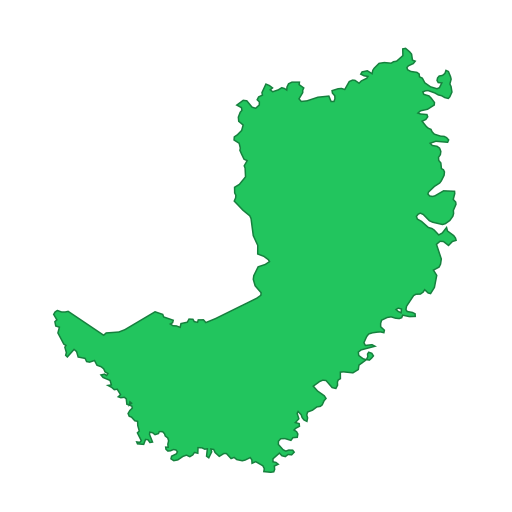 the district of Mafra, Santa Catarina, Brazil, rotated 93°
{"feature_id": "56859067B87636064595694", "entity_name": "Mafra", "entity_type": "district", "adm_level": 2, "iso_a3": "BRA", "parent_name": "Brazil", "parent_adm1": "Santa Catarina", "projection": "robinson", "projection_center": [-49.893, -26.248], "detail": "fine", "context": "isolated", "style": "filled", "palette": "green", "viewbox_px": 512, "rotation_deg": 93, "n_neighbors": 0, "source": "geoboundaries", "source_scale": "gbopen_adm2", "svg_char_len": 5946}
<svg xmlns="http://www.w3.org/2000/svg" viewBox="0 0 512 512"><g transform="rotate(93 256 256)"><path d="M53.1,107.2L52.2,110.0L46.3,111.2L44.1,113.2L40.8,117.5L41.5,120.3L48.2,119.8L54.1,125.8L54.8,128.9L56.4,131.1L56.1,138.0L57.2,143.2L62.3,147.8L64.5,149.1L67.9,149.6L65.2,154.5L66.6,159.7L68.9,160.9L70.4,157.5L70.8,153.6L72.7,154.7L75.7,160.0L78.1,162.1L75.4,166.4L75.3,168.8L76.9,172.0L85.1,176.1L84.2,179.4L84.7,182.8L86.9,188.7L89.3,188.2L91.9,185.7L94.8,185.4L97.6,186.2L97.8,189.1L92.5,191.6L94.2,202.5L98.4,213.2L99.3,218.9L96.8,221.3L90.4,217.9L87.9,218.0L85.7,217.1L82.6,221.9L80.1,221.7L80.5,229.2L82.3,232.5L85.6,233.9L88.7,234.0L87.3,236.2L86.6,239.1L88.9,242.4L91.1,247.9L89.3,250.5L87.3,248.3L85.1,251.5L83.8,255.1L92.5,258.6L95.0,258.0L97.0,261.7L99.9,263.0L101.9,260.7L105.0,260.6L108.5,264.1L107.6,267.7L101.5,273.3L101.2,276.9L106.3,283.1L108.6,278.3L111.3,277.7L113.3,279.3L118.3,280.9L122.4,280.3L125.9,275.7L131.4,276.9L135.9,280.9L138.2,283.9L141.3,284.0L144.3,278.7L149.1,277.3L151.3,277.6L154.7,275.9L160.0,273.0L161.2,269.8L166.6,272.5L168.7,271.5L177.5,270.6L185.3,276.3L188.5,281.0L194.1,280.6L196.4,279.3L199.1,279.4L202.3,280.6L211.0,271.4L216.2,264.3L218.9,262.9L235.8,259.8L245.3,254.8L253.9,254.4L255.9,248.2L258.9,243.6L260.9,242.2L264.0,246.4L266.7,253.3L275.8,257.2L279.4,257.5L285.8,255.3L292.4,249.0L295.0,249.1L298.1,253.0L320.6,293.1L325.1,302.6L322.5,305.1L322.8,310.3L325.3,310.9L324.8,314.2L322.5,315.7L322.5,319.6L325.7,321.1L327.4,327.4L331.2,328.0L330.0,331.9L330.0,335.2L328.4,338.0L327.0,335.8L324.5,335.3L321.7,345.0L319.2,346.1L317.0,353.9L336.5,383.2L339.1,389.0L340.7,401.6L343.1,404.0L321.1,440.7L321.9,443.5L322.1,447.2L320.8,451.5L322.4,453.7L324.9,455.0L330.2,451.5L332.1,453.4L336.4,452.3L337.4,448.6L343.2,449.8L354.1,443.3L355.2,441.1L357.1,442.1L362.4,440.3L365.1,440.9L366.7,439.1L358.8,432.8L360.8,430.2L366.2,428.3L367.2,421.3L370.3,419.6L370.7,416.6L368.8,411.8L373.4,409.1L374.7,404.8L376.6,402.2L379.6,400.7L381.1,397.7L383.2,398.9L381.9,401.0L382.9,404.6L385.3,402.4L387.9,395.2L392.3,393.7L393.0,397.0L394.8,393.2L396.9,390.5L396.3,387.6L401.6,384.0L403.8,386.2L404.6,383.6L404.0,380.1L405.4,378.1L410.8,377.2L412.4,372.1L414.4,371.6L416.9,373.9L420.0,375.5L422.7,374.2L423.4,371.9L426.9,368.4L427.3,365.6L431.5,365.2L436.9,363.4L438.8,365.2L446.4,360.9L448.2,362.3L447.9,365.4L449.8,364.5L450.0,358.3L445.0,356.7L445.1,354.3L447.8,352.2L447.2,349.6L439.8,353.0L437.5,352.9L437.9,350.0L439.7,347.5L438.4,344.1L436.4,343.4L436.3,340.1L438.2,338.1L440.5,337.2L442.3,334.6L445.1,333.6L448.5,334.2L451.6,333.7L451.6,336.2L453.7,335.8L455.4,333.8L455.0,331.2L453.6,328.4L453.8,325.9L455.6,324.2L457.7,325.1L460.3,329.8L463.0,330.3L464.7,327.4L463.7,323.4L459.9,318.4L458.5,315.0L459.9,311.6L457.9,308.7L455.4,307.2L456.0,303.8L450.4,303.9L450.4,299.9L451.6,297.1L451.1,294.5L458.5,294.9L460.0,292.6L453.9,290.0L451.1,290.9L451.4,288.1L454.4,286.6L458.0,282.2L454.9,277.7L454.8,275.2L459.6,270.3L458.3,267.3L460.3,264.6L461.2,259.0L460.4,256.3L457.6,251.2L459.8,249.5L463.2,249.1L461.4,245.5L465.1,238.2L467.9,236.6L470.9,236.9L471.2,230.0L470.6,227.0L468.1,226.2L464.8,226.7L462.8,222.9L461.1,225.3L460.6,228.3L457.6,228.4L451.6,222.3L454.1,219.7L454.8,216.2L452.5,213.6L452.7,210.0L449.9,207.6L448.0,209.2L448.1,213.2L449.3,216.0L448.0,218.9L443.0,223.8L439.8,223.9L437.2,221.8L436.8,217.5L438.3,211.5L435.5,209.6L434.9,205.3L431.6,204.9L429.3,206.3L427.8,208.9L425.9,207.2L423.8,203.7L421.1,204.1L420.3,208.0L416.3,204.7L411.0,206.7L409.1,205.8L412.1,202.6L414.9,201.5L417.2,199.5L418.5,196.5L415.0,196.0L412.1,197.0L409.1,196.3L407.0,191.5L403.5,187.3L402.8,183.9L401.2,182.1L396.9,180.4L394.6,178.6L392.0,180.5L387.6,187.5L383.0,192.0L378.0,185.9L376.5,182.8L376.7,179.5L383.4,173.1L384.1,169.3L380.8,167.8L377.5,168.1L375.5,167.4L374.1,165.3L367.6,165.7L367.1,162.7L367.6,153.1L364.0,147.9L359.6,147.5L353.7,140.3L353.1,143.5L350.0,148.2L346.6,148.8L344.3,146.2L339.9,132.5L338.5,135.5L339.6,142.1L336.9,143.7L330.7,141.3L328.0,139.4L326.6,135.7L325.6,130.4L325.3,127.5L325.9,124.3L323.4,123.9L320.1,127.8L316.7,128.0L313.5,127.2L310.5,121.7L309.7,117.9L310.8,113.5L311.0,109.7L310.0,107.3L307.4,106.4L308.5,99.6L308.0,93.8L305.4,94.1L304.2,96.8L303.5,102.1L301.6,103.5L298.2,103.0L287.2,96.5L285.8,94.2L285.4,89.8L283.2,87.1L280.8,85.8L283.9,82.2L284.4,79.7L278.1,76.2L265.9,74.5L260.8,78.1L257.5,72.6L254.5,71.3L249.3,70.8L234.9,76.4L231.7,73.0L231.7,69.6L235.4,64.3L231.2,60.6L229.9,57.0L227.7,57.7L225.3,59.6L221.0,66.1L217.6,67.2L223.3,71.2L225.4,74.6L220.7,79.5L219.3,81.9L218.5,85.4L212.8,92.5L210.7,96.8L208.0,97.9L205.7,96.2L204.6,94.1L205.8,91.1L211.7,84.7L213.0,81.4L214.8,71.4L213.8,68.6L210.4,64.3L206.0,61.5L203.2,60.9L200.1,61.3L193.9,59.0L191.7,59.4L189.2,62.0L183.3,60.8L181.0,61.1L181.1,72.1L186.6,80.5L187.3,82.8L187.0,85.7L185.1,87.6L183.0,87.0L177.1,81.4L173.5,76.4L171.3,74.9L165.6,72.4L162.2,72.2L160.1,73.3L159.0,75.4L153.4,76.3L151.0,78.5L147.9,78.9L145.1,77.2L141.9,76.9L138.7,78.3L137.0,80.9L136.4,85.8L134.3,88.0L132.0,82.4L132.4,70.6L130.0,69.7L127.8,71.9L126.7,74.4L126.7,77.8L125.0,84.3L122.7,86.7L120.4,87.9L119.4,90.6L117.8,92.7L112.7,97.2L110.8,93.6L108.0,91.8L105.8,92.7L105.6,99.1L104.8,101.8L102.4,99.3L100.5,92.4L95.9,85.9L93.4,85.8L89.2,89.3L87.1,91.6L85.8,96.9L83.4,98.0L82.1,95.2L81.8,92.7L83.8,86.0L85.6,82.4L86.2,79.1L87.9,75.8L88.6,72.2L86.9,70.8L82.0,68.9L76.5,70.1L74.1,71.4L69.2,70.4L66.8,71.1L61.7,73.5L60.7,76.0L63.8,76.9L65.9,79.2L66.7,82.5L68.7,84.0L71.2,84.4L73.3,83.1L73.4,79.5L78.3,81.6L79.5,84.0L77.9,90.6L74.2,96.5L69.7,99.2L68.5,102.1L65.7,102.6L64.2,104.9L63.6,111.1L62.1,114.3L60.0,115.2L58.1,113.8L55.6,109.0L53.1,107.2ZM303.8,111.3L302.1,113.4L300.6,111.2L301.4,107.9L305.1,108.2L303.8,111.3ZM411.4,374.7L408.2,374.3L409.5,372.5L411.4,374.7ZM353.7,140.3L354.0,137.3L351.9,135.2L349.6,133.5L347.1,135.3L346.2,138.4L348.1,139.5L350.7,139.1L353.7,140.3Z" fill="#22c55e" stroke="#15803d" stroke-width="1.5"/></g></svg>